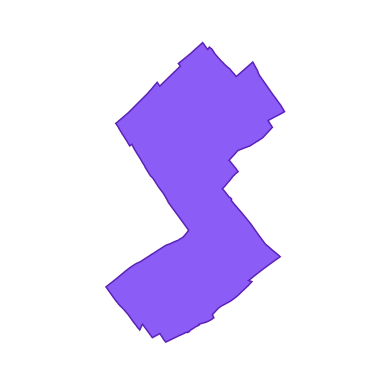 the district of Baneasa, Galati, Romania, rotated 54°
{"feature_id": "2599482B61447316542835", "entity_name": "Baneasa", "entity_type": "district", "adm_level": 2, "iso_a3": "ROU", "parent_name": "Romania", "parent_adm1": "Galati", "projection": "robinson", "projection_center": [27.977, 45.93], "detail": "fine", "context": "isolated", "style": "filled", "palette": "violet", "viewbox_px": 384, "rotation_deg": 54, "n_neighbors": 0, "source": "geoboundaries", "source_scale": "gbopen_adm2", "svg_char_len": 4457}
<svg xmlns="http://www.w3.org/2000/svg" viewBox="0 0 384 384"><g transform="rotate(54 192 192)"><path d="M301.1,284.8L301.2,284.1L301.3,283.6L301.8,281.2L301.8,280.9L302.0,280.2L302.6,278.0L303.0,278.1L303.3,276.7L303.1,276.7L303.0,275.9L303.1,275.4L302.8,274.6L303.1,271.2L303.1,268.9L303.2,268.4L303.5,266.8L303.8,264.1L303.0,264.1L304.8,259.3L305.3,258.2L305.3,257.8L305.6,257.1L305.9,255.7L306.2,254.3L306.3,253.6L306.4,252.8L306.6,251.0L306.6,248.8L306.6,248.3L303.2,247.6L301.8,240.5L301.6,239.3L301.5,238.2L301.5,236.9L301.5,235.9L301.6,234.4L302.1,231.2L302.4,228.7L302.6,228.0L302.7,226.6L302.9,224.4L302.9,222.3L302.9,219.5L302.8,217.4L302.7,215.8L301.9,210.3L300.8,201.9L299.7,196.2L296.9,198.3L296.5,190.4L296.2,182.6L296.1,172.3L296.1,165.5L296.2,158.7L292.8,159.4L292.0,159.6L288.0,160.7L285.7,161.3L284.0,161.6L282.3,162.0L280.5,162.4L278.8,162.9L276.7,163.3L275.1,163.3L274.0,163.3L267.7,163.4L252.3,163.2L248.5,163.4L245.4,163.6L244.8,163.6L243.8,163.7L243.3,163.7L238.5,164.0L235.8,164.2L233.5,164.4L229.1,164.7L227.7,164.9L222.1,165.2L220.9,164.1L219.6,164.3L218.6,164.5L218.0,164.9L217.4,165.1L217.0,165.2L216.4,165.0L213.7,165.1L210.6,165.2L208.4,165.4L207.2,165.4L206.6,161.8L205.3,157.0L205.0,155.0L204.4,153.2L204.1,152.0L203.4,149.8L203.3,149.1L203.1,147.3L202.9,146.5L202.7,144.6L202.8,143.6L202.8,143.4L202.6,142.7L198.4,142.7L191.8,143.1L188.4,143.2L188.1,143.4L187.2,138.9L186.3,134.4L186.2,134.2L185.5,130.8L185.5,130.5L185.4,130.3L185.6,129.7L186.6,125.9L188.8,117.8L188.8,117.3L188.9,116.4L189.1,112.7L189.2,110.1L189.3,109.7L189.4,109.1L189.5,108.9L189.4,108.6L189.7,103.5L189.7,103.2L189.6,102.6L188.7,97.9L186.9,88.9L186.2,88.9L184.2,88.8L183.8,88.8L182.2,88.7L181.7,88.6L180.0,88.6L178.9,88.5L178.9,88.4L179.9,80.7L180.1,79.9L180.1,79.6L180.8,75.2L181.0,73.4L181.4,69.9L174.9,69.3L174.1,69.2L172.9,69.2L170.1,69.3L166.3,69.2L163.1,69.3L160.8,69.3L159.6,69.3L150.4,69.1L143.5,69.0L138.4,68.9L137.8,68.9L135.9,68.7L135.2,68.5L134.1,68.3L134.0,68.2L133.2,67.9L132.3,67.7L122.6,66.4L123.6,77.3L124.6,88.1L124.6,88.3L122.6,88.5L121.6,88.5L117.9,88.9L116.2,89.0L114.4,89.1L112.6,89.6L110.6,90.1L108.7,90.5L107.3,90.7L106.7,90.8L106.0,90.8L105.6,90.9L104.4,91.1L103.1,91.4L101.5,91.5L101.4,91.5L99.6,91.8L92.7,92.3L92.4,92.2L92.2,92.1L88.3,91.9L85.7,92.6L85.0,92.8L85.9,95.5L85.4,95.6L84.9,95.6L83.4,95.6L81.5,95.6L78.9,95.5L77.6,95.6L77.4,95.6L78.2,103.0L78.6,107.1L79.1,111.3L79.7,121.7L80.0,127.5L83.3,127.4L84.1,132.8L85.5,142.8L87.4,155.8L85.7,155.8L83.5,155.7L82.8,155.7L84.0,161.0L84.8,163.7L85.1,165.4L85.3,166.2L85.4,167.0L85.8,168.4L86.0,169.2L86.5,171.9L86.6,172.3L86.6,172.6L89.0,188.1L89.1,188.4L90.4,196.8L91.0,204.0L91.7,213.4L92.2,213.3L92.7,213.3L94.4,213.4L96.2,213.5L97.3,213.7L98.9,213.9L101.1,214.0L102.6,214.2L104.1,214.3L104.9,214.3L107.2,214.4L108.4,214.5L109.5,214.6L111.7,214.7L113.8,214.9L116.0,215.1L118.1,215.3L118.1,212.6L121.6,213.2L123.3,213.4L124.9,213.6L125.4,213.6L127.6,213.8L129.8,214.0L130.3,214.0L130.7,214.0L130.9,214.0L131.0,214.0L131.8,214.1L132.1,214.1L135.2,214.3L139.5,214.8L143.0,215.0L144.6,215.4L154.4,216.1L157.4,215.6L158.9,215.6L164.8,215.9L167.9,216.1L171.4,216.1L176.7,216.0L182.7,216.6L186.8,217.3L191.9,217.3L203.1,217.2L221.0,217.2L221.5,218.9L221.8,219.7L222.0,220.4L222.2,221.1L222.9,224.1L223.2,225.6L223.3,226.4L223.2,226.8L223.2,227.2L223.1,227.8L223.1,228.3L223.0,229.3L222.9,230.2L222.9,231.2L222.6,232.8L222.3,233.7L221.6,237.0L221.3,238.6L221.0,240.0L220.1,243.2L219.7,244.6L219.6,246.9L219.5,248.6L219.4,250.4L219.3,252.0L219.3,252.6L219.1,254.8L219.0,258.0L218.9,259.5L218.7,261.0L218.6,264.4L218.5,266.2L218.4,267.9L218.2,271.2L218.1,273.5L218.1,274.1L218.1,274.5L217.3,278.1L217.2,278.5L217.1,279.3L217.0,280.6L216.8,283.8L216.7,286.7L216.8,290.7L216.9,291.7L216.9,292.5L217.1,295.6L217.2,296.5L217.2,297.5L217.6,302.9L217.7,304.4L217.8,307.4L217.9,309.4L218.0,312.1L218.0,312.3L218.1,314.2L218.1,314.8L218.2,316.2L218.2,317.4L218.5,317.4L230.3,317.5L231.2,317.6L231.6,317.5L232.1,317.5L232.5,317.5L235.2,317.5L236.4,317.5L237.5,317.3L240.0,317.3L241.4,317.1L246.1,316.3L252.3,315.8L254.1,315.7L257.2,315.7L261.2,315.8L265.4,315.7L267.1,315.6L267.4,315.6L268.6,315.6L269.3,315.7L270.0,315.6L271.0,315.5L271.6,315.5L272.9,315.4L271.2,312.3L269.8,309.8L275.9,309.7L279.2,309.7L286.5,309.7L287.7,301.2L290.7,301.4L293.7,301.5L295.0,301.6L298.0,301.5L300.0,290.4L300.7,286.5L301.0,285.3L301.1,284.8Z" fill="#8b5cf6" stroke="#5b21b6" stroke-width="1.5"/></g></svg>